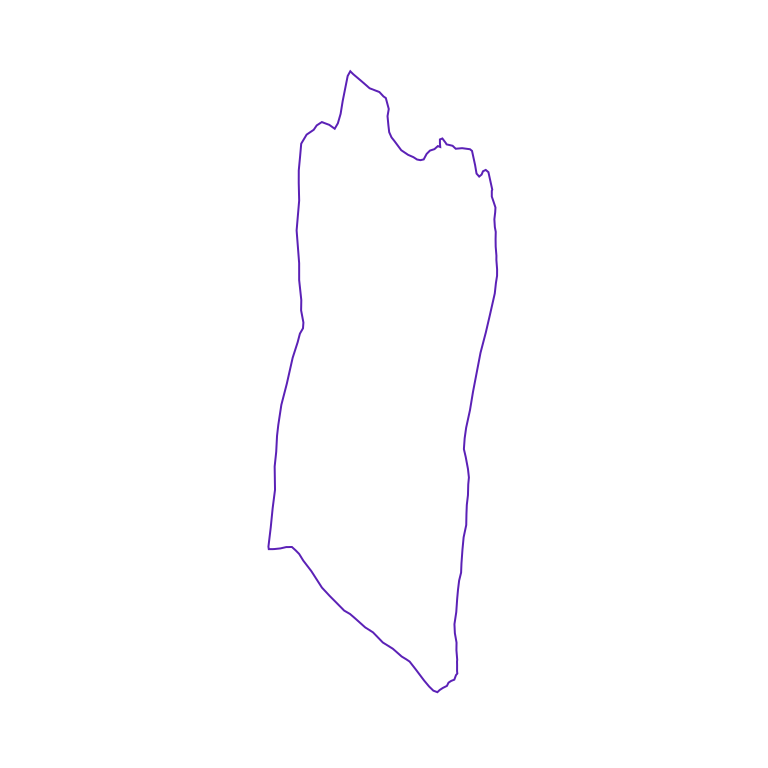 Arjeplog, Norrbotten, Sweden (Equal Earth projection), rotated 257°
{"feature_id": "70781695B22534233820232", "entity_name": "Arjeplog", "entity_type": "district", "adm_level": 2, "iso_a3": "SWE", "parent_name": "Sweden", "parent_adm1": "Norrbotten", "projection": "equal_earth", "projection_center": [17.292, 66.388], "detail": "fine", "context": "isolated", "style": "outline", "palette": "violet", "viewbox_px": 768, "rotation_deg": 257, "n_neighbors": 0, "source": "geoboundaries", "source_scale": "gbopen_adm2", "svg_char_len": 2081}
<svg xmlns="http://www.w3.org/2000/svg" viewBox="0 0 768 768"><g transform="rotate(257 384 384)"><path d="M696.3,421.5L692.3,417.9L669.0,407.4L657.0,402.5L648.4,397.7L643.8,393.4L648.8,389.0L653.2,382.3L651.1,376.6L647.5,372.7L644.4,364.7L636.8,357.4L624.8,353.5L611.3,349.0L599.3,346.2L581.8,342.6L553.3,333.4L520.8,328.5L504.3,324.7L484.4,322.3L474.4,319.8L462.0,319.3L456.5,317.6L452.0,313.4L444.0,309.2L430.1,300.9L406.2,289.4L386.8,279.3L367.9,271.8L357.5,268.1L342.1,263.7L328.2,258.9L305.4,254.0L288.1,247.6L269.8,241.4L251.5,234.8L249.0,234.6L247.9,239.6L247.1,246.1L247.1,252.0L245.9,257.6L241.9,260.4L237.5,263.1L230.1,265.6L218.0,271.1L199.6,277.7L189.7,283.4L178.4,290.4L172.2,294.2L167.5,299.2L161.6,303.5L151.1,310.9L144.5,317.4L132.4,324.7L124.0,333.1L114.5,339.9L110.7,343.8L107.8,346.5L98.6,350.8L86.2,356.3L79.1,359.9L74.1,363.1L71.7,366.7L73.3,369.4L74.6,372.9L75.7,377.4L78.5,379.7L79.6,382.7L80.1,386.0L84.2,388.7L85.4,390.3L87.8,390.6L93.7,392.0L97.1,392.7L98.9,393.3L108.4,394.7L115.7,396.5L125.3,397.0L134.1,398.6L145.5,403.1L158.3,407.0L167.1,409.9L175.6,413.0L182.9,416.7L191.7,419.1L205.0,423.2L216.7,427.1L228.1,432.4L238.8,435.1L247.6,437.5L256.8,440.8L267.2,443.5L273.8,445.7L282.3,446.7L294.5,447.2L302.6,447.2L313.0,450.4L322.9,454.2L339.2,461.9L356.2,468.9L392.8,485.1L411.3,494.8L427.2,502.6L447.3,512.3L457.3,515.8L464.0,518.5L470.3,520.0L479.6,521.4L483.7,522.4L492.6,523.7L500.0,525.3L507.1,527.1L511.9,527.3L519.7,528.6L526.4,531.0L530.9,532.3L536.5,531.8L542.4,531.2L548.0,532.5L549.0,533.2L566.9,533.4L569.7,531.3L569.0,528.3L566.1,526.2L564.7,523.4L568.2,521.5L576.7,522.0L591.3,522.2L593.4,520.6L596.2,513.2L597.1,506.8L600.7,504.4L603.4,498.9L605.2,498.3L610.1,496.1L609.7,493.5L606.2,492.7L602.3,492.1L603.7,490.0L601.5,486.0L601.1,481.3L598.6,477.3L593.9,473.2L593.9,469.9L595.3,466.7L598.4,463.7L601.9,459.0L607.9,453.4L618.4,448.8L622.6,446.8L628.2,445.7L635.3,446.5L644.2,447.7L650.9,450.5L662.2,450.1L664.3,448.2L669.5,445.2L675.4,436.5L684.1,430.2L692.8,423.7L696.3,421.5Z" fill="none" stroke="#5b21b6" stroke-width="2"/></g></svg>